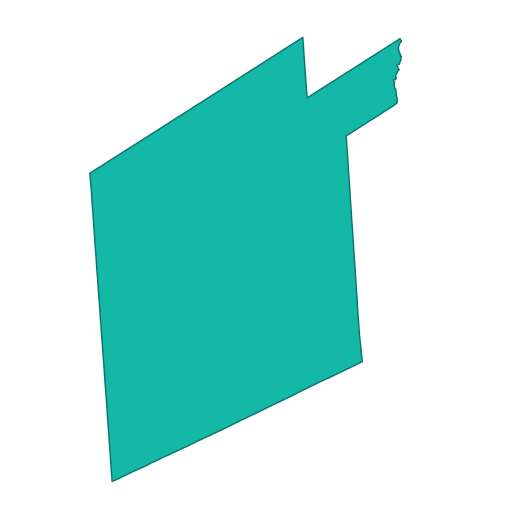 Nong Suea, Pathum Thani, Thailand, rotated 356°
{"feature_id": "78962969B25224314923642", "entity_name": "Nong Suea", "entity_type": "district", "adm_level": 2, "iso_a3": "THA", "parent_name": "Thailand", "parent_adm1": "Pathum Thani", "projection": "robinson", "projection_center": [100.833, 14.16], "detail": "fine", "context": "isolated", "style": "filled", "palette": "teal", "viewbox_px": 512, "rotation_deg": 356, "n_neighbors": 0, "source": "geoboundaries", "source_scale": "gbopen_adm2", "svg_char_len": 5577}
<svg xmlns="http://www.w3.org/2000/svg" viewBox="0 0 512 512"><g transform="rotate(356 256 256)"><path d="M414.7,49.3L413.5,50.0L408.6,52.7L405.0,54.6L401.4,56.6L396.8,59.1L391.0,62.2L386.1,64.9L380.8,67.7L362.7,77.6L356.2,81.0L347.4,85.9L335.5,92.3L319.2,101.2L318.9,101.3L318.0,101.3L318.0,97.4L317.9,87.5L317.9,75.8L317.9,63.5L317.9,56.8L317.9,41.4L316.7,41.9L314.5,43.1L308.2,46.5L296.8,52.7L291.7,55.5L281.8,60.9L270.1,67.3L263.9,70.6L248.9,78.8L242.1,82.5L235.4,86.2L229.3,89.5L226.5,91.0L224.2,92.2L222.8,93.0L221.8,93.5L217.8,95.7L212.6,98.6L208.0,101.0L204.1,103.0L203.5,103.4L202.3,104.2L193.0,109.2L152.6,131.2L146.7,134.4L139.2,138.4L132.2,142.2L116.8,150.5L109.3,154.7L102.9,158.1L99.1,160.2L96.1,161.8L96.1,163.6L96.1,166.4L96.1,168.5L96.1,171.1L96.2,173.3L96.2,176.1L96.3,179.8L96.3,184.2L96.2,187.8L96.2,193.3L96.3,194.9L96.3,196.0L96.3,198.5L96.3,201.6L96.3,207.2L96.3,208.8L96.3,217.6L96.3,220.7L96.3,223.9L96.3,232.0L96.3,237.8L96.3,242.0L96.4,244.5L96.3,248.9L96.3,255.3L96.3,258.8L96.3,260.7L96.4,266.8L96.4,270.0L96.4,274.4L96.4,278.1L96.4,287.6L96.5,297.2L96.5,299.3L96.4,307.6L96.5,315.6L96.5,323.8L96.5,326.0L96.5,327.8L96.5,329.6L96.5,333.3L96.6,335.0L96.5,336.8L96.6,340.4L96.6,341.5L96.5,343.6L96.6,350.2L96.6,353.8L96.6,356.7L96.6,358.8L96.6,360.7L96.6,365.1L96.6,368.1L96.6,370.2L96.6,371.5L96.6,372.6L96.6,373.8L96.6,375.2L96.6,376.3L96.7,379.8L96.7,381.3L96.7,382.7L96.7,384.4L96.7,385.7L96.7,387.1L96.7,389.2L96.7,391.4L96.7,393.4L96.7,395.6L96.7,398.1L96.7,399.8L96.7,402.7L96.7,404.6L96.7,405.5L96.7,406.4L96.7,408.5L96.7,410.1L96.7,411.0L96.7,412.5L96.7,414.4L96.7,416.9L96.7,418.3L96.7,420.3L96.8,425.3L96.7,426.7L96.7,428.4L96.7,431.3L96.7,436.3L96.7,438.0L96.7,439.3L96.8,440.1L96.8,440.8L96.7,443.6L96.7,448.7L96.7,451.2L96.7,453.4L96.8,454.3L96.7,455.2L96.7,458.7L96.7,460.2L96.7,461.6L96.7,463.7L96.7,464.8L96.7,466.3L96.7,467.2L96.8,470.6L97.7,470.5L98.3,470.3L99.4,469.9L102.1,469.0L104.4,468.1L106.4,467.1L109.7,465.9L113.8,464.2L114.7,463.9L115.4,463.7L116.0,463.4L116.4,463.2L116.6,463.1L122.1,461.0L122.5,460.9L127.2,459.2L128.3,458.8L133.9,456.6L135.3,455.9L135.8,455.6L140.5,453.8L142.5,453.1L147.4,451.1L150.4,449.9L152.3,449.2L153.6,448.8L156.5,447.7L158.7,446.8L160.1,446.3L163.0,445.2L165.4,444.2L167.8,443.3L169.9,442.5L171.0,442.0L172.7,441.5L179.6,438.7L183.5,437.1L186.6,435.9L188.3,435.3L189.2,434.9L189.7,434.7L190.8,434.2L192.9,433.5L196.7,432.1L200.1,430.7L202.1,429.9L203.1,429.5L204.3,429.1L207.6,427.8L207.7,427.7L207.9,427.8L220.9,422.4L226.5,420.2L229.3,419.0L234.5,417.0L240.3,414.6L242.7,413.7L244.6,413.1L244.8,412.8L245.2,412.6L246.8,412.1L249.0,411.2L250.7,410.5L251.0,410.3L255.0,408.8L258.2,407.4L260.1,406.7L261.9,405.9L268.9,403.2L272.8,401.6L277.3,399.8L281.0,398.4L282.1,397.9L288.2,395.3L294.7,392.6L298.4,391.2L299.3,390.8L307.9,387.3L311.0,386.0L317.5,383.5L319.0,383.1L321.2,382.2L324.0,381.1L327.2,379.8L331.2,378.2L336.6,376.0L341.6,374.1L343.2,373.4L345.9,372.3L349.0,371.1L354.7,368.8L354.6,365.6L354.5,363.2L354.3,359.5L354.3,356.6L354.1,351.8L353.7,342.1L353.7,338.1L353.7,333.2L353.7,327.4L353.6,321.6L353.7,317.1L353.7,312.4L353.9,304.2L353.8,303.7L353.8,298.8L353.8,293.6L353.9,283.9L353.9,273.8L353.9,263.6L353.9,259.9L354.0,251.3L354.0,242.5L354.1,233.3L354.0,228.2L354.1,218.6L354.1,218.0L354.1,212.8L354.1,207.3L354.2,195.7L354.2,193.1L354.2,189.4L354.2,182.7L354.2,176.0L354.3,171.3L354.3,165.0L354.3,163.7L354.3,159.7L354.3,158.4L354.3,155.8L354.3,154.4L354.3,152.7L354.3,148.0L354.3,145.4L354.3,142.9L354.4,142.6L354.5,142.4L355.1,142.1L357.1,141.0L361.7,138.5L365.2,136.6L367.1,135.5L368.1,135.0L371.3,133.3L375.1,131.1L376.5,130.3L378.4,129.3L382.1,127.4L386.2,125.2L390.7,122.7L393.9,120.9L395.4,120.1L401.0,117.1L402.9,116.0L404.1,115.4L404.8,115.0L404.9,114.9L405.4,114.4L405.7,114.2L405.9,114.0L407.1,113.4L407.2,113.0L407.3,112.9L407.6,112.1L407.6,111.8L407.6,111.0L407.8,108.6L407.6,107.5L407.4,106.7L407.4,106.4L407.4,106.2L407.2,105.5L407.1,104.9L407.2,103.6L407.2,102.8L407.0,101.5L407.1,101.4L407.1,101.2L407.2,100.9L407.2,100.5L407.0,99.5L406.9,99.3L406.8,98.9L406.3,98.2L406.2,98.1L406.1,97.8L406.0,97.4L405.7,96.3L405.6,95.8L405.7,95.1L405.8,94.6L406.0,93.9L406.2,93.2L406.3,92.9L406.3,92.5L406.2,92.2L405.6,91.3L405.5,91.2L405.4,90.8L405.4,90.5L405.5,90.2L405.8,89.8L406.0,89.7L406.3,89.7L406.5,89.8L407.1,89.9L407.3,89.8L407.5,89.6L408.0,89.1L408.1,88.9L408.2,88.6L408.2,88.2L408.2,87.7L408.1,87.3L408.0,86.7L408.0,86.4L408.0,86.0L408.0,85.4L408.1,85.1L408.2,84.9L408.8,84.1L409.2,83.6L409.4,83.3L409.7,82.4L410.1,81.8L410.3,81.5L410.4,81.3L410.7,81.0L411.0,80.8L411.2,80.6L411.7,80.3L411.8,80.2L411.7,79.8L410.9,78.8L410.8,78.6L410.6,78.0L410.5,77.2L410.3,76.6L410.0,76.0L409.9,75.7L409.9,75.3L410.0,75.1L410.4,74.8L410.6,74.7L410.9,74.8L411.3,74.8L411.8,74.7L412.0,74.7L412.3,74.5L412.4,74.4L412.5,74.2L412.6,73.8L413.2,72.5L413.7,71.6L414.0,71.1L414.0,70.8L414.3,69.8L414.3,69.6L414.3,68.6L414.3,68.2L414.4,67.8L414.9,67.2L415.0,67.1L415.0,66.9L414.8,66.7L414.4,66.7L414.2,66.6L414.0,66.4L413.8,66.1L413.8,65.8L413.8,65.6L413.9,65.4L414.0,65.3L414.0,65.2L414.0,64.7L413.9,64.4L413.8,64.2L413.7,64.1L413.5,63.9L413.4,63.9L413.3,63.7L413.3,63.3L413.1,62.5L413.1,62.2L412.9,61.3L412.8,60.7L412.7,60.2L412.6,59.9L412.5,59.5L412.5,58.8L412.6,58.5L412.7,58.1L413.0,56.8L413.3,55.9L413.4,55.5L413.6,54.8L413.7,54.7L413.8,54.5L413.9,54.4L414.7,53.2L415.1,52.9L415.5,52.6L415.7,52.4L415.9,52.2L415.9,51.7L415.8,51.3L415.5,50.8L415.5,50.7L415.4,50.6L415.2,50.0L415.1,49.8L415.0,49.6L414.8,49.5L414.7,49.3Z" fill="#14b8a6" stroke="#0f766e" stroke-width="1.5"/></g></svg>